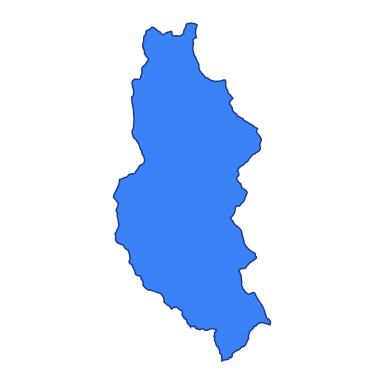 Buriticá, Antioquia, Colombia
{"feature_id": "7082276B20190258274584", "entity_name": "Buriticá", "entity_type": "district", "adm_level": 2, "iso_a3": "COL", "parent_name": "Colombia", "parent_adm1": "Antioquia", "projection": "albers", "projection_center": [-75.9, 6.81], "detail": "fine", "context": "isolated", "style": "filled", "palette": "blue", "viewbox_px": 384, "rotation_deg": 0, "n_neighbors": 0, "source": "geoboundaries", "source_scale": "gbopen_adm2", "svg_char_len": 6018}
<svg xmlns="http://www.w3.org/2000/svg" viewBox="0 0 384 384"><path d="M257.5,128.5L255.3,127.5L252.7,125.3L251.5,124.9L250.9,124.2L249.1,123.5L247.4,122.2L245.7,121.6L245.1,120.8L244.6,120.8L243.6,119.9L242.8,118.6L241.7,118.4L241.1,117.8L238.7,116.6L237.6,115.8L235.9,113.6L234.5,112.6L233.1,111.3L232.5,109.9L232.2,107.9L230.5,104.9L229.5,104.2L229.4,103.7L229.9,101.9L230.6,100.4L232.7,98.8L232.8,98.2L231.6,96.6L228.2,93.1L227.9,92.7L227.9,90.9L226.5,88.6L225.8,86.6L225.6,84.6L225.7,81.3L225.3,80.2L224.5,80.0L222.9,80.1L222.4,80.5L219.9,81.3L217.6,81.2L214.7,81.5L214.4,81.2L212.2,80.8L210.0,79.8L207.5,78.0L205.9,77.8L204.0,75.7L199.8,70.7L198.7,67.1L198.9,65.5L198.7,64.3L197.7,62.1L196.2,59.6L195.8,57.5L194.0,54.9L193.5,51.9L192.8,50.2L192.8,45.4L193.5,44.1L192.9,40.3L193.8,38.6L196.4,37.5L195.5,34.3L195.5,31.8L196.0,28.3L197.1,25.5L197.0,24.8L196.6,24.5L195.6,24.0L191.1,23.0L189.3,23.5L187.7,23.5L187.0,23.8L186.2,24.6L186.1,25.8L184.8,29.1L184.0,30.1L183.7,32.9L183.5,33.6L180.4,35.9L179.4,36.1L177.9,35.8L173.7,35.9L172.7,35.5L172.1,35.0L171.8,32.6L171.5,31.7L171.0,31.3L170.4,31.4L169.7,31.9L167.9,32.2L166.2,32.9L164.3,34.4L162.3,34.7L160.0,32.1L158.0,31.0L153.8,27.6L152.5,27.3L151.8,27.4L149.9,29.2L146.9,30.6L146.0,31.3L146.0,33.7L145.8,34.5L144.4,35.8L143.9,37.2L143.4,42.7L142.6,44.5L143.0,47.8L144.4,50.6L144.5,53.0L144.7,53.9L146.0,56.0L148.3,58.4L148.3,59.5L148.1,60.1L145.1,64.8L143.0,66.5L142.0,68.0L141.8,68.9L142.1,72.6L141.9,73.8L140.9,75.7L140.6,77.5L139.9,79.1L139.1,79.5L134.9,79.1L134.1,79.5L132.4,81.1L132.0,83.3L132.7,87.0L133.4,89.0L133.6,91.1L133.6,93.1L133.3,95.4L133.0,96.0L131.9,96.7L131.7,98.2L132.1,102.7L133.1,107.6L133.7,112.4L133.6,114.3L134.1,117.5L133.9,122.8L133.5,125.6L133.6,127.5L133.3,128.5L132.4,130.2L132.2,131.0L132.1,132.5L132.5,134.6L133.5,137.3L134.6,138.6L136.9,140.6L137.1,141.6L137.9,142.4L139.2,144.9L140.0,147.8L141.7,151.3L142.4,154.6L143.5,155.8L143.8,156.6L144.6,159.9L144.5,161.2L144.0,162.7L143.3,163.8L142.5,164.3L141.2,164.7L139.4,166.1L137.9,168.7L135.3,172.2L134.7,173.6L134.1,173.8L132.3,173.7L130.2,174.4L129.3,174.2L126.9,177.2L124.2,177.6L122.2,178.9L119.4,179.5L119.6,180.1L119.4,182.3L118.8,184.7L117.4,188.0L114.0,194.7L113.5,196.5L113.7,197.6L117.0,201.4L118.3,204.0L118.2,205.2L116.2,210.0L116.4,211.1L116.8,211.7L117.3,213.5L117.2,216.0L117.4,217.3L118.1,219.0L118.5,223.6L119.0,224.9L118.9,225.5L118.1,227.8L116.6,230.8L116.4,232.2L116.2,232.5L115.4,232.9L115.1,233.4L115.7,236.5L115.5,238.5L115.5,239.3L116.2,241.3L116.7,242.1L118.0,243.0L121.1,244.4L123.1,244.9L124.8,247.9L126.4,249.3L128.0,250.2L129.1,252.6L130.2,258.4L130.1,259.1L129.1,261.4L129.1,262.1L129.4,262.7L129.8,263.4L132.2,264.9L132.8,267.0L134.5,270.3L135.6,274.3L136.7,275.1L137.8,275.6L139.8,275.9L140.7,276.4L141.1,277.3L140.9,278.5L141.7,279.8L142.8,281.1L143.3,282.1L143.0,283.8L143.0,285.0L143.3,285.8L145.9,288.4L148.3,290.0L151.6,290.4L154.5,291.3L157.2,292.5L160.1,293.3L161.0,293.9L162.3,295.3L163.3,297.0L164.3,300.6L163.9,301.8L164.1,302.2L167.9,305.3L169.5,306.0L170.7,308.1L171.7,309.0L173.6,307.4L174.7,307.0L176.0,307.1L176.8,307.0L179.0,309.2L181.5,310.5L182.1,311.4L182.5,312.8L182.0,314.5L182.8,316.2L183.5,316.7L183.5,317.7L184.1,318.0L184.7,318.0L185.2,319.1L186.4,319.8L187.0,321.2L187.2,322.9L187.6,323.3L187.7,323.6L188.2,323.8L188.5,324.0L190.7,327.1L190.8,326.2L191.0,326.0L191.7,326.1L193.0,326.7L193.6,326.4L194.8,326.3L195.3,326.6L195.1,327.0L195.5,328.0L196.0,328.4L196.5,328.7L197.4,328.6L197.5,329.0L198.0,329.3L199.1,329.3L199.9,329.7L202.5,328.4L204.4,329.8L205.2,330.2L206.5,330.4L211.8,328.5L213.3,328.6L214.6,329.5L215.7,329.5L216.3,329.8L216.4,330.1L216.0,331.3L214.9,332.2L214.5,332.9L214.6,334.8L213.9,336.3L214.0,336.6L214.5,336.8L214.7,336.7L214.8,336.9L214.5,339.9L214.8,341.0L215.6,342.3L215.6,343.5L216.0,344.1L216.3,345.1L217.5,346.8L218.1,347.2L218.3,348.0L219.2,349.0L219.6,350.3L219.6,352.2L219.9,353.4L220.2,353.8L221.6,354.9L221.7,355.8L221.6,357.8L222.1,359.7L221.8,361.0L224.2,359.9L225.2,360.0L225.6,359.7L226.6,359.4L227.0,359.6L227.6,359.6L229.0,358.5L229.6,357.5L230.0,357.3L230.9,357.6L231.0,357.2L231.7,357.3L231.8,356.7L232.2,356.1L232.2,355.2L232.0,354.9L232.7,353.4L234.6,351.8L236.0,351.3L236.8,350.3L238.7,349.9L240.3,348.5L241.3,347.3L242.6,346.6L243.9,346.5L244.8,345.4L245.6,344.8L247.6,340.2L248.6,338.8L248.4,337.6L248.4,337.1L248.6,336.6L248.5,336.1L248.6,334.8L249.8,331.3L252.6,328.8L254.4,326.4L255.6,326.1L256.6,325.4L257.5,323.9L258.6,323.4L261.2,322.5L263.2,322.7L264.1,323.1L268.1,324.1L269.5,324.8L269.9,324.8L270.4,323.6L270.5,322.1L270.2,321.2L268.5,319.1L267.5,318.9L266.7,318.1L263.6,308.5L262.1,305.6L260.9,303.9L258.3,299.7L257.1,298.3L254.8,293.2L253.8,292.6L252.5,292.7L251.3,293.1L250.0,294.0L249.2,294.2L247.8,293.8L246.7,293.2L244.7,291.3L243.8,289.6L243.1,288.9L241.7,285.7L241.5,283.8L241.8,282.6L241.8,281.8L241.4,279.7L241.1,275.8L239.3,271.4L239.3,270.2L239.5,269.8L239.8,269.4L240.5,269.0L244.1,268.4L245.4,268.0L246.2,267.2L247.0,265.7L250.1,262.6L255.0,259.1L255.8,258.7L256.2,258.2L256.5,257.2L256.3,256.7L255.2,255.9L255.2,253.9L254.7,253.1L253.4,252.6L249.2,249.8L245.5,245.8L244.1,242.4L243.2,238.2L242.5,236.0L241.4,230.9L241.1,230.2L238.2,227.1L235.6,225.3L234.1,223.9L233.3,221.9L231.1,219.1L230.7,217.7L231.1,217.0L232.0,216.4L232.8,215.5L234.7,212.2L235.2,208.8L235.8,206.8L236.7,205.8L237.5,205.8L238.6,206.1L239.4,206.0L241.7,203.3L243.2,202.0L244.5,199.9L245.2,197.3L246.9,193.7L247.1,192.6L246.9,191.6L245.3,189.9L243.4,188.9L242.1,187.9L241.5,186.8L240.7,183.8L238.6,182.2L236.6,178.8L236.5,178.1L236.6,177.6L238.0,176.2L238.9,174.7L238.6,173.0L237.7,171.1L237.6,170.3L238.2,168.9L240.1,166.9L241.4,165.9L242.8,165.2L244.0,164.3L245.2,162.8L247.1,161.7L248.2,160.4L248.9,159.1L251.5,156.0L253.2,154.3L255.2,153.6L256.0,152.7L258.8,151.2L260.0,149.3L260.3,148.2L259.8,144.5L260.2,142.8L261.3,140.3L261.3,139.3L260.8,138.0L260.1,136.9L257.2,133.0L256.7,132.2L256.6,131.2L256.8,130.2L257.5,128.5Z" fill="#3b82f6" stroke="#1e3a8a" stroke-width="1.5"/></svg>